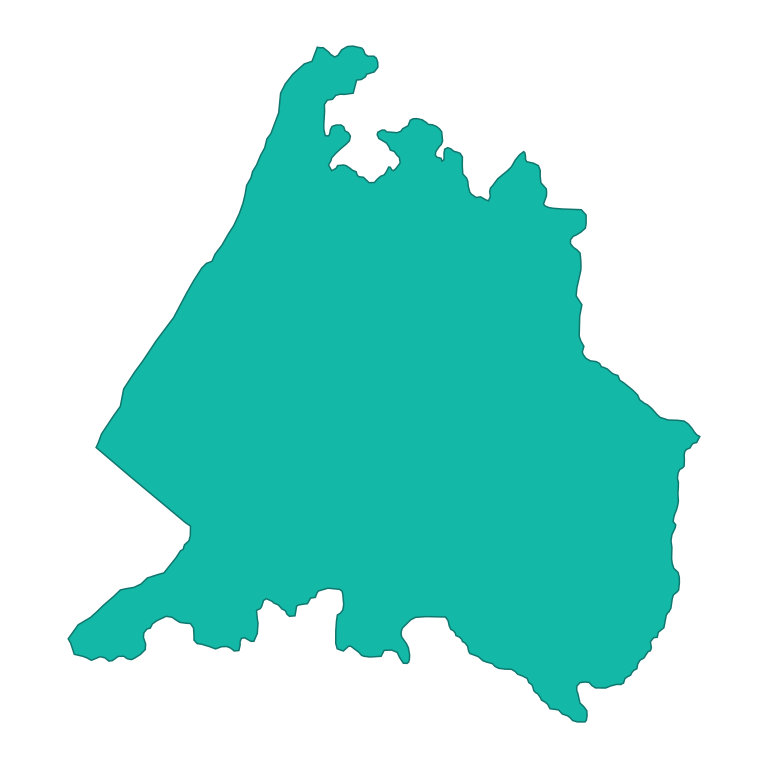 Ashqelon, HaDarom, Israel
{"feature_id": "584046B11408100439208", "entity_name": "Ashqelon", "entity_type": "district", "adm_level": 2, "iso_a3": "ISR", "parent_name": "Israel", "parent_adm1": "HaDarom", "projection": "orthographic", "projection_center": [34.744, 31.637], "detail": "fine", "context": "isolated", "style": "filled", "palette": "teal", "viewbox_px": 768, "rotation_deg": 0, "n_neighbors": 0, "source": "geoboundaries", "source_scale": "gbopen_adm2", "svg_char_len": 6088}
<svg xmlns="http://www.w3.org/2000/svg" viewBox="0 0 768 768"><path d="M621.0,684.5L621.2,684.2L623.5,683.1L624.9,678.6L627.6,676.7L630.6,675.2L631.6,672.9L633.7,670.4L636.9,668.7L637.7,664.1L640.0,660.2L643.8,658.1L648.0,651.7L650.4,650.7L651.4,647.8L650.4,641.8L653.6,637.7L657.2,637.3L658.3,632.3L663.9,627.7L666.2,615.4L667.5,613.1L669.0,611.7L670.9,608.2L672.2,599.0L673.4,594.9L676.9,592.1L678.6,590.1L679.4,582.8L679.3,577.3L678.1,572.5L673.7,568.2L672.2,563.3L671.6,558.7L671.9,547.4L671.0,540.7L671.9,534.7L675.3,527.5L675.7,524.8L673.1,521.5L673.9,516.9L674.9,513.6L676.5,509.9L677.7,505.3L678.4,501.0L677.9,493.8L678.3,488.0L678.4,482.0L677.4,478.4L678.1,472.9L679.8,469.4L682.4,468.0L684.1,466.2L684.4,460.9L684.2,454.7L684.8,451.4L686.6,449.4L690.1,447.9L691.4,445.4L693.1,443.4L696.7,442.5L699.8,436.5L696.8,434.9L694.2,431.8L692.0,428.4L688.5,424.2L684.2,421.1L677.6,420.3L668.2,420.0L660.1,417.4L657.0,414.5L652.0,408.8L647.9,405.2L644.4,403.3L639.6,399.7L637.7,395.1L632.7,390.1L623.8,382.9L619.8,380.3L617.9,375.5L614.0,374.3L611.9,373.1L607.4,369.0L604.0,367.5L601.4,366.8L599.5,363.4L596.2,361.6L590.1,360.8L585.8,358.2L583.2,354.6L582.3,352.0L583.9,346.4L580.8,340.9L579.2,336.2L579.7,316.1L581.9,304.8L576.1,295.9L576.9,287.8L580.8,270.4L581.0,266.2L580.8,260.5L580.1,253.1L576.9,249.8L573.4,247.4L570.5,243.7L570.5,239.7L573.2,236.3L576.0,235.1L580.8,232.2L585.3,228.2L586.1,223.9L586.1,215.0L581.3,209.7L562.4,209.0L553.3,208.3L549.0,207.6L545.2,206.1L543.5,204.0L546.4,196.1L546.6,192.5L546.3,188.9L540.9,182.8L540.2,176.2L540.2,170.2L538.3,165.6L533.5,163.2L526.7,161.7L525.5,159.4L525.5,156.2L524.9,152.9L523.7,151.6L519.6,154.8L515.4,159.9L511.3,167.0L506.7,171.4L497.8,178.7L492.6,185.7L490.5,188.0L489.7,191.3L490.3,196.6L488.5,200.8L485.9,199.9L480.5,196.8L476.1,197.5L471.4,194.2L469.8,192.1L468.3,186.5L467.8,181.3L466.5,178.0L462.8,174.0L462.3,166.3L462.4,156.9L460.1,153.3L457.3,152.2L453.8,151.3L450.8,148.8L447.7,147.7L444.7,149.2L444.0,153.3L444.1,157.8L443.8,160.0L441.8,161.1L441.2,158.4L436.7,157.1L435.4,155.2L435.6,152.4L436.5,150.5L439.1,146.8L441.3,144.4L442.6,141.1L441.7,131.8L439.6,129.0L436.6,126.5L432.5,124.8L428.3,124.4L426.3,122.5L422.2,119.8L416.9,118.6L413.0,118.8L410.2,120.3L408.1,125.8L402.7,128.7L400.8,131.3L397.1,132.7L386.7,131.9L384.7,130.1L381.9,130.1L377.8,132.3L377.2,134.8L378.9,138.5L386.4,143.0L389.0,146.7L390.3,150.1L394.2,151.4L396.9,155.1L399.3,157.4L400.2,162.9L396.2,168.2L393.6,170.7L391.7,169.8L390.3,167.3L388.7,167.0L386.4,171.7L384.2,174.9L380.6,176.3L377.4,179.1L374.4,182.5L369.1,182.7L363.5,177.3L358.9,176.7L357.3,175.3L356.1,171.7L352.6,170.3L349.4,167.8L346.0,165.6L343.4,165.0L337.6,165.6L336.1,168.3L331.7,170.7L328.5,165.0L330.9,160.8L331.7,157.8L335.9,153.2L341.4,148.1L346.0,144.3L349.4,140.9L350.4,136.1L348.4,132.7L345.0,130.8L343.8,127.0L341.1,125.0L336.3,125.0L332.1,126.4L330.5,129.4L329.5,134.5L328.3,135.9L325.3,135.7L323.8,129.2L323.8,124.4L324.6,111.3L324.4,104.5L327.3,100.1L332.5,99.3L335.7,95.4L340.1,94.2L344.3,94.4L353.2,93.2L356.6,80.1L361.4,79.5L365.5,76.7L366.5,74.3L374.3,71.9L377.9,67.2L377.7,62.2L376.3,58.2L373.9,56.2L367.9,56.2L365.1,54.2L363.4,49.9L361.8,48.1L353.0,46.1L347.5,46.5L341.7,49.8L337.9,55.4L334.7,57.0L330.6,54.4L328.4,51.8L323.2,47.7L319.8,47.7L317.3,47.2L312.0,61.3L304.2,64.0L293.0,74.0L285.3,83.9L280.6,93.2L278.7,112.8L270.9,133.6L266.9,138.9L264.7,147.9L260.6,155.3L256.6,165.0L252.6,171.5L251.0,177.7L246.6,185.5L245.1,194.5L242.9,203.5L239.4,213.4L233.8,225.5L228.2,234.2L222.0,245.1L215.1,254.1L212.0,261.3L206.4,263.4L201.7,268.1L193.6,280.8L186.5,293.3L173.7,317.5L156.2,340.8L142.8,361.0L134.7,372.0L123.7,388.9L120.3,406.4L113.9,415.3L101.5,434.0L97.9,443.7L96.1,447.5L130.2,476.5L185.3,522.5L190.5,526.1L190.3,535.8L188.9,540.8L184.5,544.8L183.1,549.4L180.5,550.8L175.9,557.9L163.9,572.9L158.1,574.5L147.3,578.0L141.1,584.0L133.9,587.4L125.5,588.8L120.3,590.0L114.5,595.7L103.2,605.5L96.8,611.8L90.6,617.4L78.2,624.8L68.2,638.8L70.6,643.0L74.3,654.3L82.8,656.3L86.6,657.7L91.4,660.3L100.1,656.7L104.9,657.8L108.9,661.1L112.4,660.6L118.2,656.4L123.6,656.2L127.4,658.8L131.5,659.6L134.3,658.3L140.3,654.5L145.3,649.6L145.6,643.9L143.4,637.3L143.9,632.7L147.0,629.0L150.3,628.1L152.4,623.9L157.2,620.5L166.2,616.3L172.2,617.3L176.1,620.1L180.0,622.4L185.8,623.2L190.4,623.5L193.5,627.9L194.0,635.2L194.0,640.2L197.2,643.6L201.4,644.2L209.2,646.5L215.5,648.9L221.6,646.7L226.8,646.5L230.5,648.0L234.3,651.0L238.9,650.5L240.1,645.2L240.1,641.7L241.4,638.3L244.7,637.8L250.9,641.3L253.9,641.3L257.3,633.4L258.0,623.3L257.2,618.2L256.5,610.4L260.3,608.6L261.6,606.6L263.6,600.4L266.4,598.7L272.1,601.3L273.8,603.0L278.3,604.9L282.0,609.0L285.3,610.7L287.1,614.3L289.5,616.3L295.0,615.8L296.6,606.3L298.1,605.1L303.7,604.1L307.4,603.7L310.6,598.1L315.3,597.4L317.1,592.7L318.4,591.0L327.9,588.2L339.4,589.3L342.0,591.1L342.8,594.2L343.7,604.5L342.8,610.1L340.2,613.4L337.4,614.9L336.5,620.7L335.8,630.6L335.7,643.2L337.2,648.8L340.1,649.9L343.4,651.0L348.6,646.2L350.8,646.2L359.0,652.4L361.4,655.2L363.7,656.2L369.7,657.0L381.1,656.3L384.2,650.3L391.7,650.1L397.2,652.4L399.7,657.7L403.3,663.2L407.0,663.4L408.6,662.1L409.4,659.5L409.6,654.8L408.4,647.9L406.5,643.8L401.7,637.0L401.1,634.2L401.3,631.3L402.4,628.1L410.7,619.8L415.6,617.3L426.1,616.6L445.5,617.0L448.1,620.7L449.2,625.8L450.8,629.3L453.6,630.9L455.3,633.1L455.9,635.5L459.5,637.2L461.6,639.2L462.5,641.5L465.0,642.9L467.6,646.2L468.6,651.1L469.9,653.5L478.3,656.6L482.9,660.7L486.0,661.9L492.6,663.7L494.8,666.3L498.6,668.3L504.7,669.1L511.5,669.3L515.1,671.5L517.7,674.2L522.5,676.0L527.2,678.4L528.9,682.7L530.8,683.9L532.1,685.2L533.0,687.5L533.8,690.7L535.6,692.6L537.8,693.9L540.4,697.6L541.5,700.1L545.1,702.1L547.7,704.3L550.0,708.7L558.6,709.9L562.3,714.0L567.8,715.9L570.2,717.8L572.6,720.5L577.4,721.9L585.0,721.9L586.4,720.1L587.1,715.3L586.8,710.7L583.5,706.3L580.0,703.1L577.8,693.4L576.7,690.5L576.8,686.1L580.0,682.6L585.0,682.0L589.3,682.5L591.8,685.5L595.5,687.9L605.7,688.0L610.5,686.0L616.6,684.4L621.0,684.5Z" fill="#14b8a6" stroke="#0f766e" stroke-width="1.5"/></svg>